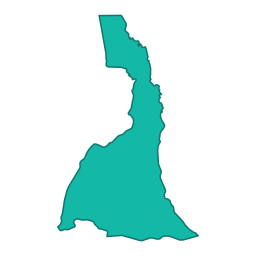 outline of Extrême-Nord
{"feature_id": "CMR-1462", "entity_name": "Extrême-Nord", "entity_type": "Province", "adm_level": 1, "iso_a3": "CMR", "parent_name": "Cameroon", "parent_adm1": "", "projection": "natural_earth1", "projection_center": [14.611, 11.501], "detail": "fine", "context": "isolated", "style": "filled", "palette": "teal", "viewbox_px": 256, "rotation_deg": 0, "n_neighbors": 0, "source": "natural_earth", "source_scale": "10m", "svg_char_len": 4140}
<svg xmlns="http://www.w3.org/2000/svg" viewBox="0 0 256 256"><path d="M124.6,21.1L125.5,22.3L126.0,23.4L126.2,24.5L126.1,26.0L125.2,29.3L125.1,30.2L125.8,31.2L127.6,32.8L128.7,34.1L128.7,36.8L128.9,37.4L129.1,37.8L129.5,37.8L130.0,37.6L130.0,38.3L130.1,39.0L130.3,39.3L130.9,39.2L132.1,38.2L132.5,38.1L133.0,38.3L133.1,38.7L133.1,39.1L133.3,39.6L134.4,40.3L134.8,40.8L135.8,41.4L137.6,40.9L138.6,41.2L139.0,42.4L138.1,44.8L138.8,45.9L139.7,44.2L140.0,43.9L140.6,44.2L141.1,44.8L141.6,45.5L141.7,46.2L142.2,47.3L143.2,47.5L145.2,46.9L146.0,48.4L148.0,57.1L147.7,57.5L147.3,58.6L147.1,59.1L147.1,59.9L147.2,60.0L147.5,60.1L148.0,60.6L147.9,60.2L148.1,60.2L148.5,60.4L148.8,60.6L148.9,60.9L148.8,61.7L148.8,62.0L149.6,63.8L150.7,69.2L150.6,69.8L150.5,74.7L150.5,74.8L150.4,75.6L150.1,76.8L150.1,77.7L150.2,78.2L150.5,78.5L150.8,78.9L150.9,79.6L150.6,80.1L150.2,80.2L149.9,80.5L150.1,81.6L150.4,82.1L151.9,83.3L153.3,85.1L154.2,85.9L154.9,85.8L155.9,84.9L157.0,84.7L158.2,85.3L159.3,86.4L159.0,86.9L158.8,87.7L158.8,88.5L159.1,89.2L159.5,89.8L159.6,90.2L159.4,90.7L159.3,91.6L160.0,92.7L161.0,93.7L161.3,94.5L159.5,94.8L159.3,95.1L159.4,95.8L159.7,96.6L159.9,97.0L160.2,97.7L159.8,98.3L159.2,98.9L158.9,99.4L159.0,101.2L159.4,102.3L160.1,102.9L161.2,103.1L161.6,103.9L163.1,108.0L162.8,108.7L161.8,109.8L161.4,110.4L161.5,110.7L162.2,111.4L162.3,111.9L162.0,112.2L161.6,112.3L161.2,112.3L160.5,113.9L160.4,115.2L160.6,116.7L161.5,119.9L162.2,121.1L163.9,123.6L164.6,125.9L163.8,127.9L161.0,131.5L160.4,132.7L160.0,134.1L159.6,137.8L159.3,138.9L159.3,139.7L159.5,140.3L159.9,140.6L160.1,141.0L160.2,141.7L159.8,142.9L158.4,145.2L158.1,146.3L157.6,150.8L158.1,158.1L158.5,164.2L160.2,168.7L160.8,169.8L161.2,171.0L161.0,172.8L160.2,175.8L160.4,178.5L165.0,188.9L165.5,190.6L165.4,191.8L164.8,193.0L164.4,194.8L164.4,196.5L164.8,197.9L165.2,198.3L165.7,198.6L166.4,198.8L167.1,198.9L167.8,199.0L168.2,199.3L168.5,199.7L169.7,200.3L170.3,201.6L171.1,204.2L172.0,205.3L172.8,206.1L173.4,207.0L173.6,208.4L173.8,210.2L174.1,211.6L174.8,212.8L183.2,221.9L185.5,225.6L186.4,226.2L186.4,226.5L189.2,229.3L193.3,232.1L195.4,232.9L198.1,235.7L197.0,236.1L183.3,239.9L179.8,240.0L169.5,236.2L165.9,236.0L163.1,236.4L162.5,236.6L161.8,237.0L160.7,238.2L160.1,238.7L158.4,239.1L156.5,239.0L152.9,238.0L150.1,237.9L142.4,240.6L140.0,240.5L122.1,235.4L107.1,236.5L107.0,236.4L107.6,232.0L107.0,230.9L101.3,229.0L100.3,229.0L98.5,228.5L97.3,226.5L95.3,224.9L95.1,224.7L93.5,222.0L92.7,221.4L90.7,220.7L87.4,219.9L86.2,219.8L83.6,220.1L81.2,219.8L77.4,218.9L76.5,219.0L75.6,219.3L74.5,220.3L74.0,221.1L73.7,222.0L73.7,222.8L74.0,223.5L74.9,225.1L75.2,225.9L74.9,226.6L74.1,227.1L70.2,228.6L68.8,229.4L67.8,229.7L66.6,229.5L64.4,229.5L61.4,230.6L60.7,230.6L59.9,230.1L59.4,229.6L58.1,227.2L57.9,226.7L58.5,226.3L59.8,225.2L60.5,224.1L61.5,221.7L61.6,220.8L61.5,219.9L61.1,218.5L61.1,217.6L62.5,213.1L64.6,199.7L66.9,190.8L68.6,186.7L79.5,168.7L79.8,167.9L80.3,166.8L79.9,164.1L80.1,162.6L80.8,161.4L81.8,160.4L84.1,158.8L84.9,157.7L85.9,154.9L87.4,151.9L89.4,148.9L91.7,146.3L94.1,144.1L96.0,144.1L98.4,144.9L102.7,147.0L103.9,147.2L105.3,146.8L106.6,146.0L107.7,145.1L109.4,143.1L110.1,142.7L111.8,142.5L112.2,142.3L117.7,136.5L118.8,135.7L122.5,134.4L123.7,133.6L126.0,131.2L127.3,130.4L130.4,129.0L131.5,128.4L132.2,127.1L132.8,125.4L133.3,123.6L133.5,122.1L133.5,120.3L133.2,118.9L132.5,117.7L131.5,116.5L131.2,116.0L130.9,115.5L130.7,115.1L130.2,114.7L129.2,114.8L128.9,114.7L128.4,113.8L128.3,113.2L128.6,112.5L130.8,109.1L131.3,107.9L132.6,100.7L133.3,98.4L133.5,96.0L133.5,95.5L133.4,94.7L132.2,91.7L132.1,90.3L133.2,89.5L133.1,88.7L134.1,83.6L134.5,82.8L134.8,82.4L135.0,81.9L136.1,80.5L136.0,79.8L135.7,79.1L135.0,78.7L134.5,78.9L133.6,79.4L132.9,79.7L132.5,79.4L132.1,77.9L131.1,77.0L129.9,76.2L128.7,75.2L129.3,74.9L129.5,74.8L129.5,74.2L128.9,73.9L127.1,72.3L126.6,71.8L126.5,71.2L126.8,70.1L126.6,69.4L125.0,68.4L121.1,67.3L108.5,66.9L107.6,66.6L106.7,66.1L106.2,65.0L106.1,64.1L106.5,62.0L106.5,60.6L106.2,59.4L106.1,59.1L106.0,53.6L102.6,34.6L99.2,15.6L120.8,15.4L121.8,16.1L124.6,21.1Z" fill="#14b8a6" stroke="#0f766e" stroke-width="1.5"/></svg>